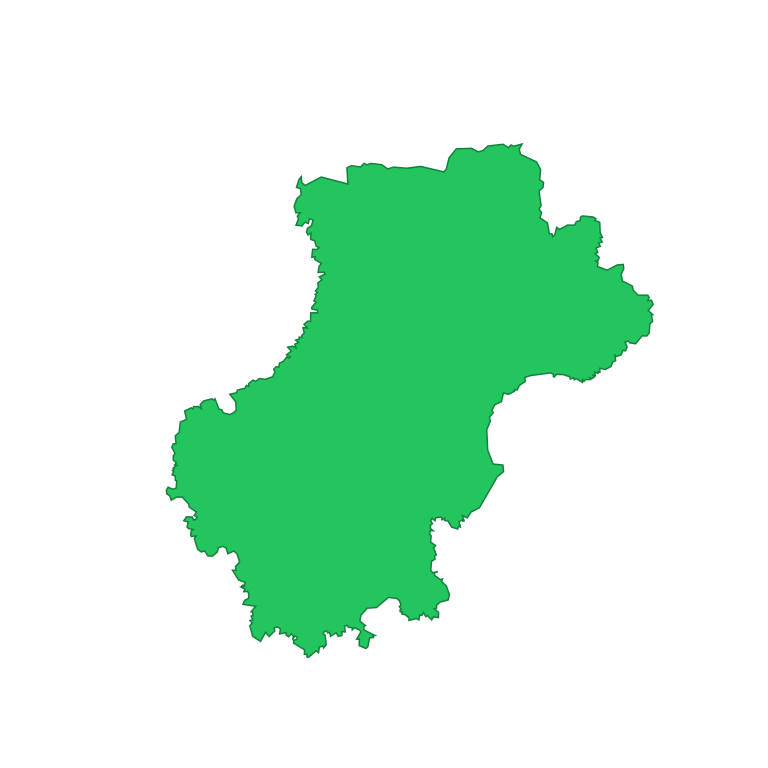 Santo Amaro Abade, Tarrafal, Cabo Verde, rotated 227°
{"feature_id": "66160863B37752467633472", "entity_name": "Santo Amaro Abade", "entity_type": "district", "adm_level": 2, "iso_a3": "CPV", "parent_name": "Cabo Verde", "parent_adm1": "Tarrafal", "projection": "mercator", "projection_center": [-23.726, 15.266], "detail": "fine", "context": "isolated", "style": "filled", "palette": "green", "viewbox_px": 768, "rotation_deg": 227, "n_neighbors": 0, "source": "geoboundaries", "source_scale": "gbopen_adm2", "svg_char_len": 6171}
<svg xmlns="http://www.w3.org/2000/svg" viewBox="0 0 768 768"><g transform="rotate(227 384 384)"><path d="M465.4,648.6L469.4,641.0L472.2,639.9L471.9,636.2L478.1,634.6L487.2,622.3L487.3,615.3L489.6,611.2L496.6,608.8L506.7,597.2L505.0,585.8L498.7,576.1L498.4,572.4L518.2,559.1L526.3,547.8L536.1,538.9L538.8,533.3L545.8,532.0L554.1,525.0L556.0,521.0L558.9,520.0L558.8,514.8L565.9,509.1L567.4,504.3L554.9,494.0L578.2,479.2L583.0,461.7L587.2,461.1L592.0,464.8L591.4,460.9L587.4,454.0L583.9,456.2L578.9,452.6L579.0,446.8L575.3,439.5L569.2,436.3L566.4,439.6L565.9,435.1L562.9,433.9L560.2,428.0L555.5,431.8L556.3,436.4L553.1,438.1L555.8,442.1L552.3,443.9L549.2,438.9L550.1,434.3L548.0,430.9L544.8,430.1L544.3,433.5L539.8,429.0L536.0,430.9L531.0,428.4L528.0,429.4L528.2,426.6L531.2,423.7L525.9,417.6L523.4,421.2L523.9,419.4L522.0,418.3L514.8,420.5L514.4,416.9L510.6,411.8L506.6,416.5L504.6,415.9L506.5,409.7L502.5,409.7L503.1,404.6L499.4,401.7L498.8,397.4L496.3,397.5L496.5,394.7L494.8,394.7L492.6,389.4L490.1,390.1L489.4,383.5L487.9,382.4L483.4,385.6L481.2,384.1L486.1,378.9L479.8,373.0L482.0,371.3L482.2,366.2L477.3,366.2L480.5,363.2L475.6,360.3L475.6,356.7L473.9,355.8L476.1,354.0L474.8,352.7L476.4,349.3L472.7,349.8L473.9,345.9L470.4,344.2L473.9,343.1L476.6,338.7L471.2,338.6L471.9,332.7L467.7,333.9L468.0,331.9L470.1,331.5L469.2,325.7L470.6,321.8L468.1,318.5L470.2,316.8L470.1,313.5L467.2,312.4L465.2,307.5L468.5,300.2L473.1,296.5L473.3,292.1L476.2,290.8L476.6,285.2L474.5,283.5L476.8,282.4L475.8,279.4L479.5,272.7L478.1,270.2L481.7,264.3L472.0,263.3L465.7,258.1L465.6,254.6L466.7,250.5L472.4,246.8L475.9,247.7L478.3,246.2L488.4,250.3L488.1,248.5L490.5,248.1L494.6,240.6L494.3,235.6L490.7,233.6L494.1,233.0L497.2,229.4L496.2,227.3L498.0,226.8L500.3,219.8L492.8,215.5L495.1,209.2L488.2,201.0L488.5,196.1L482.2,191.1L484.0,189.2L482.5,185.7L475.6,183.7L475.3,180.9L472.0,178.0L468.1,178.5L467.6,175.6L465.9,176.9L466.3,172.3L464.9,172.5L465.0,170.2L463.3,170.5L462.1,167.1L459.2,168.6L455.9,165.7L454.6,166.4L449.7,161.1L450.9,157.9L455.8,155.7L454.8,152.5L451.8,150.2L448.4,151.1L444.1,149.2L442.7,155.2L439.0,159.3L429.5,159.3L426.7,157.6L418.3,159.5L417.2,155.5L414.2,156.7L413.3,153.7L414.6,152.0L417.4,153.1L421.5,149.1L420.6,144.3L416.6,146.7L413.9,142.5L411.7,142.4L407.7,145.2L408.0,142.7L405.4,139.6L404.0,139.0L400.9,143.0L400.4,139.9L390.1,135.0L385.8,135.8L384.2,139.1L378.5,137.9L375.1,141.1L374.8,147.5L377.2,151.4L375.2,155.4L371.7,156.8L366.4,154.0L364.3,160.3L359.9,160.6L352.2,157.0L351.9,151.0L348.6,148.8L351.1,146.2L339.8,144.0L333.5,147.2L332.1,144.7L333.4,143.1L333.2,142.3L331.9,143.0L333.0,141.0L328.7,142.4L327.8,139.8L325.2,142.7L322.6,142.0L319.6,138.7L320.8,134.5L319.0,130.6L308.9,138.6L308.1,131.5L306.9,132.4L304.0,130.5L304.9,128.5L301.0,127.3L302.4,124.7L299.2,124.6L298.6,120.9L289.1,115.9L279.9,118.2L283.2,127.9L277.7,127.8L277.9,135.8L280.7,137.5L278.8,140.7L275.5,141.2L272.4,137.2L268.9,142.9L267.1,141.2L264.2,141.9L264.5,145.8L261.2,145.8L260.3,144.1L259.7,143.6L260.4,147.0L258.3,147.8L256.7,146.7L258.1,143.3L256.2,141.2L243.7,144.6L240.6,141.3L238.7,143.3L237.0,141.5L235.6,142.3L235.1,152.7L232.1,152.8L235.6,157.3L234.0,160.7L232.2,159.8L232.8,164.0L240.2,169.5L243.0,169.2L243.6,171.4L242.9,173.6L240.3,173.1L239.5,174.7L235.9,172.9L234.6,179.4L230.8,178.4L228.7,181.6L231.5,184.5L229.1,186.6L233.7,189.9L232.6,192.6L230.4,192.0L227.6,194.5L225.8,193.1L225.9,196.3L220.3,198.5L218.4,197.8L216.0,190.0L214.1,191.9L209.6,187.4L202.9,190.4L202.8,192.9L208.2,200.4L205.7,203.4L207.5,204.1L206.2,205.9L217.8,201.6L220.3,203.7L219.9,205.7L227.1,204.7L230.6,209.3L231.5,218.8L225.6,226.2L224.9,241.7L218.3,247.2L215.0,247.5L211.0,245.8L210.6,243.3L207.9,243.2L207.6,241.2L205.8,241.3L206.8,240.1L204.5,242.1L203.9,240.2L200.1,242.4L195.6,242.7L194.1,241.0L190.3,247.8L187.7,248.6L190.6,252.6L189.0,253.9L189.9,257.0L185.3,255.9L185.1,257.8L179.0,258.0L180.0,261.4L176.0,264.5L179.8,268.2L185.3,267.3L184.1,269.3L186.3,271.7L186.3,276.3L182.3,283.6L185.3,288.2L193.9,291.9L200.3,291.3L201.5,293.8L202.4,291.9L209.5,290.4L211.7,292.4L210.2,294.5L210.6,294.8L212.7,290.9L215.8,291.1L222.0,298.0L221.0,301.8L223.7,303.5L223.3,305.7L230.3,308.5L230.7,311.6L236.4,310.2L240.9,315.0L243.2,314.8L245.0,317.9L243.2,319.8L246.7,319.4L249.0,321.7L248.8,324.2L252.2,324.8L252.8,327.6L249.2,328.0L250.8,330.8L248.0,334.9L245.5,334.8L245.4,333.0L244.4,336.9L243.0,335.3L240.0,337.4L233.3,335.8L227.7,339.0L228.9,340.5L228.5,342.7L228.2,342.2L227.4,342.1L227.2,342.3L232.1,344.8L231.1,349.1L229.9,348.1L229.2,349.2L234.3,351.6L229.3,353.6L231.0,360.3L228.4,369.4L238.9,403.7L238.4,411.7L243.6,415.7L251.1,409.2L265.0,414.8L280.6,428.1L284.2,436.3L287.9,438.7L288.4,444.3L291.1,444.8L293.3,450.9L291.0,457.8L296.0,465.3L291.5,467.9L289.7,474.6L290.9,475.5L288.8,477.3L290.7,482.3L289.4,489.0L292.7,491.3L290.3,496.8L278.6,513.3L275.5,514.5L273.9,512.9L273.0,513.1L273.4,516.7L268.6,521.5L262.7,524.8L260.6,523.7L259.1,527.0L257.5,526.1L256.3,528.5L249.8,530.2L251.8,532.2L249.5,532.2L249.8,534.4L246.4,538.0L248.2,538.8L246.1,539.7L245.7,543.2L247.7,543.0L246.3,544.4L249.1,546.3L245.9,547.7L246.9,548.7L245.4,549.9L248.3,552.5L243.7,555.9L241.9,562.2L244.2,566.1L243.1,569.3L247.5,572.5L245.5,572.8L243.6,577.4L245.7,581.7L243.5,583.2L245.3,587.1L250.1,588.8L248.7,592.1L246.5,591.8L241.8,595.5L243.2,605.6L239.9,608.9L240.4,612.6L246.8,619.7L246.5,623.0L252.2,626.8L251.4,627.9L257.5,627.3L258.7,635.2L262.9,636.7L265.1,633.9L266.4,637.0L269.0,637.5L275.7,630.4L282.5,630.2L286.3,632.4L296.7,628.6L302.5,632.3L304.7,637.9L308.3,640.5L312.1,635.6L315.0,624.9L324.4,620.2L326.7,623.2L329.4,622.8L328.1,624.5L329.9,627.8L335.3,627.3L334.4,630.0L338.9,631.7L337.2,636.1L340.6,637.0L339.1,640.5L343.4,641.5L342.2,643.7L347.3,645.4L355.2,652.1L359.8,649.6L360.4,651.7L363.6,650.8L371.6,643.7L372.0,641.4L369.7,638.9L371.6,635.5L370.2,631.7L375.0,626.7L377.3,617.9L380.8,617.1L376.7,610.9L376.6,607.7L379.1,609.2L381.1,607.4L390.3,613.4L399.1,611.4L401.9,616.2L406.1,616.6L407.4,620.6L419.4,629.0L419.3,634.4L422.6,638.1L427.3,637.2L433.9,644.7L442.4,647.0L458.8,640.5L463.5,643.1L465.4,648.6Z" fill="#22c55e" stroke="#15803d" stroke-width="1.5"/></g></svg>